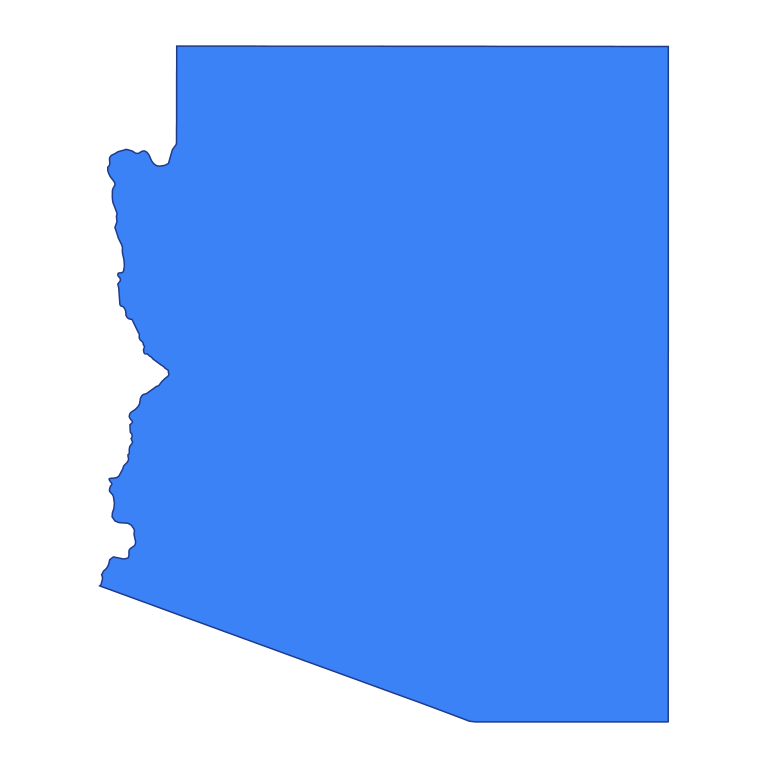 the border of Arizona
{"feature_id": "USA-3520", "entity_name": "Arizona", "entity_type": "State", "adm_level": 1, "iso_a3": "USA", "parent_name": "United States of America", "parent_adm1": "", "projection": "mercator", "projection_center": [-112.833, 34.165], "detail": "fine", "context": "isolated", "style": "filled", "palette": "blue", "viewbox_px": 768, "rotation_deg": 0, "n_neighbors": 0, "source": "natural_earth", "source_scale": "10m", "svg_char_len": 4780}
<svg xmlns="http://www.w3.org/2000/svg" viewBox="0 0 768 768"><path d="M475.4,721.9L469.4,721.2L466.7,720.2L461.6,718.2L456.5,716.3L451.5,714.4L446.4,712.5L441.4,710.6L436.3,708.7L431.2,706.8L426.1,704.9L385.9,690.3L345.6,675.6L305.3,661.0L265.0,646.3L224.7,631.6L184.4,616.9L144.1,602.1L103.8,587.4L100.2,586.1L99.7,585.9L101.0,584.6L102.3,579.8L102.5,577.2L101.6,574.9L103.2,571.8L103.7,570.9L105.9,569.0L106.7,568.1L107.9,566.1L108.7,564.1L109.4,561.2L109.7,559.7L113.4,556.9L123.7,559.0L127.9,558.1L128.8,556.3L129.0,554.2L128.9,552.0L129.2,550.0L130.5,548.4L134.2,545.9L135.3,544.4L135.6,541.8L134.0,534.3L134.1,532.9L134.4,531.7L134.4,530.6L134.0,529.1L131.3,525.1L127.8,523.2L118.9,522.6L115.0,521.0L112.1,516.9L112.4,512.8L113.9,508.4L114.4,503.3L113.4,496.5L112.7,494.9L109.6,491.4L109.4,489.6L110.4,486.3L111.5,485.1L111.9,484.0L111.3,482.8L110.5,481.8L109.5,480.3L109.1,479.0L110.0,478.4L114.9,478.0L117.3,477.3L119.0,475.9L122.7,469.0L123.6,466.1L124.6,464.9L126.6,463.0L127.9,461.2L128.2,460.4L128.6,458.9L128.0,456.3L128.0,454.7L128.9,454.0L129.2,453.4L129.3,452.1L129.2,449.6L129.7,446.7L130.8,445.0L131.9,443.7L132.6,441.9L131.5,439.8L131.1,438.5L131.6,437.9L132.0,437.2L132.1,435.8L132.0,434.5L131.6,433.8L130.4,432.5L130.1,429.7L130.0,426.6L129.9,424.8L131.6,423.4L132.4,422.3L132.3,421.2L130.4,419.0L129.6,417.6L129.2,416.3L129.9,413.6L131.4,412.0L135.3,409.4L136.9,407.8L138.5,405.9L139.6,403.6L140.4,398.5L141.4,396.3L143.0,394.6L146.6,393.5L156.6,386.3L158.6,385.8L161.7,381.7L165.0,378.5L168.1,376.1L168.9,374.4L168.3,371.9L168.3,370.3L165.2,368.3L164.0,367.0L163.1,366.2L161.4,365.2L153.2,359.2L151.7,357.5L151.2,357.0L149.3,355.8L148.8,355.3L148.0,354.5L147.6,354.1L147.2,354.0L146.8,353.9L145.5,353.9L144.8,353.7L144.3,353.2L143.9,352.4L143.6,350.9L143.5,349.8L143.5,349.7L144.1,347.9L144.5,346.2L143.5,345.0L143.4,344.9L142.9,342.5L141.8,341.3L140.5,340.3L139.3,338.3L139.2,337.5L139.3,334.7L139.2,333.7L138.9,333.2L138.4,332.7L132.0,319.4L129.3,319.0L127.3,317.7L126.0,315.4L125.8,312.1L125.5,310.6L124.7,308.7L123.5,307.0L122.2,306.3L120.6,305.8L119.9,304.4L118.9,290.3L118.8,289.4L118.7,288.0L117.8,284.1L120.1,281.1L120.4,279.9L120.1,278.3L118.2,276.1L117.8,275.0L118.1,273.4L119.1,272.9L120.4,272.9L121.8,272.6L123.0,272.0L123.4,271.7L124.3,266.8L124.3,264.3L123.9,259.5L122.6,253.7L122.3,250.6L122.5,247.4L121.5,244.5L118.4,238.2L116.6,232.4L114.9,227.5L117.0,221.7L116.4,216.4L117.1,213.8L116.5,211.8L113.1,203.0L112.6,200.6L112.3,197.2L112.4,190.5L112.9,188.7L114.6,185.6L115.0,184.3L114.8,182.9L114.2,181.8L110.3,176.7L108.9,173.9L107.8,170.7L107.7,167.3L109.3,165.5L109.8,164.2L109.8,162.8L109.5,160.0L109.5,158.7L109.7,157.6L110.0,157.1L110.7,156.1L111.0,155.7L111.5,155.3L114.8,153.7L118.0,151.7L123.7,150.2L125.2,149.6L126.0,149.4L127.0,149.5L132.2,151.0L132.6,151.2L133.1,151.5L134.0,152.2L135.0,152.9L136.3,153.3L137.0,153.4L137.8,153.4L138.4,153.3L139.0,153.1L141.5,151.5L142.1,151.3L142.7,151.1L143.3,151.0L144.0,150.9L144.7,151.0L145.6,151.4L146.4,151.9L147.5,153.0L148.5,154.2L149.2,155.4L151.4,160.4L152.3,161.9L153.5,163.4L155.4,165.0L157.6,166.0L160.2,166.1L165.0,165.3L168.5,163.4L170.0,158.0L171.3,153.5L172.4,149.7L174.2,147.2L176.2,144.5L176.4,143.3L176.5,142.2L176.5,137.0L176.5,136.0L176.5,133.1L176.5,128.6L176.6,122.8L176.6,116.0L176.6,108.3L176.6,100.1L176.6,91.6L176.6,83.2L176.6,74.9L176.7,67.2L176.7,60.3L176.7,54.5L176.7,50.0L176.7,47.1L176.7,46.1L192.1,46.1L207.4,46.1L222.8,46.1L238.1,46.1L253.5,46.1L268.9,46.2L284.2,46.2L299.6,46.2L314.9,46.2L330.3,46.2L345.7,46.2L361.0,46.2L376.4,46.2L391.8,46.3L407.1,46.3L422.5,46.3L437.9,46.3L453.2,46.3L468.6,46.3L483.9,46.3L499.3,46.4L514.7,46.4L530.0,46.4L545.4,46.4L560.7,46.4L576.1,46.4L591.5,46.4L606.8,46.4L622.2,46.5L637.6,46.5L652.9,46.5L668.3,46.5L668.3,68.3L668.3,90.0L668.3,111.8L668.3,133.4L668.3,155.0L668.3,176.6L668.3,198.1L668.3,219.5L668.3,241.0L668.3,262.3L668.3,283.6L668.3,304.9L668.3,326.1L668.3,347.3L668.2,368.5L668.2,389.6L668.2,410.6L668.2,431.6L668.2,452.6L668.2,473.5L668.2,494.4L668.2,515.2L668.2,536.0L668.2,556.7L668.2,577.5L668.2,598.1L668.2,618.8L668.2,639.3L668.2,659.9L668.2,680.4L668.2,700.9L668.2,721.3L668.2,721.5L668.2,721.8L666.1,721.9L661.9,721.9L657.7,721.9L653.4,721.9L649.2,721.9L645.0,721.9L640.8,721.9L636.6,721.9L632.4,721.9L628.2,721.9L624.0,721.9L619.8,721.9L615.6,721.9L611.4,721.9L607.2,721.9L603.0,721.9L598.8,721.9L594.6,721.9L590.4,721.9L586.2,721.9L581.9,721.9L577.7,721.9L573.5,721.9L569.3,721.9L565.1,721.9L560.9,721.9L556.7,721.9L552.5,721.9L548.3,721.9L544.1,721.9L539.9,721.9L535.7,721.9L531.5,721.9L527.3,721.9L523.1,721.9L518.9,721.9L514.7,721.9L510.5,721.9L506.3,721.9L502.1,721.9L497.8,721.9L493.6,721.9L489.4,721.9L485.2,721.9L481.0,721.9L475.4,721.9Z" fill="#3b82f6" stroke="#1e3a8a" stroke-width="1.5"/></svg>